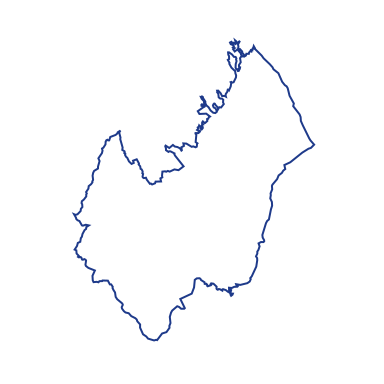 Tisau, Buzau, Romania, rotated 155°
{"feature_id": "2599482B29970481814302", "entity_name": "Tisau", "entity_type": "district", "adm_level": 2, "iso_a3": "ROU", "parent_name": "Romania", "parent_adm1": "Buzau", "projection": "orthographic", "projection_center": [26.544, 45.194], "detail": "fine", "context": "isolated", "style": "outline", "palette": "blue", "viewbox_px": 384, "rotation_deg": 155, "n_neighbors": 0, "source": "geoboundaries", "source_scale": "gbopen_adm2", "svg_char_len": 6001}
<svg xmlns="http://www.w3.org/2000/svg" viewBox="0 0 384 384"><g transform="rotate(155 192 192)"><path d="M124.3,269.4L125.4,272.8L126.4,273.2L126.5,272.5L125.9,271.8L127.0,271.7L126.7,269.8L127.8,266.5L126.9,264.7L125.4,264.1L124.7,262.4L126.0,260.1L126.0,258.3L129.9,256.3L131.4,257.3L133.5,255.9L132.9,257.6L134.0,261.3L134.0,262.3L134.5,262.8L135.6,262.4L136.5,261.5L136.6,259.5L135.4,258.0L135.3,255.7L135.7,254.2L137.5,253.7L139.3,254.9L140.7,258.0L141.2,262.0L142.3,264.2L142.4,266.8L141.7,268.3L142.3,272.5L142.0,273.4L142.5,274.3L143.0,273.9L143.8,274.4L143.8,272.3L142.8,269.3L144.3,265.3L144.4,263.3L145.9,267.3L146.6,267.1L147.0,266.1L146.3,265.4L145.9,264.0L152.6,262.8L152.3,259.6L146.0,257.0L143.8,252.8L145.3,252.6L146.3,251.5L147.5,251.7L148.1,249.9L151.0,249.0L151.3,249.0L152.3,251.4L153.2,250.9L153.8,250.2L153.5,248.6L154.3,248.8L155.3,248.1L154.8,247.0L155.4,246.6L155.1,245.5L156.6,244.6L157.3,244.6L156.9,247.4L157.4,249.3L158.3,248.3L159.5,248.1L159.4,246.8L161.2,246.1L160.2,244.4L159.5,244.4L159.3,243.4L161.3,242.7L163.9,243.9L164.2,243.4L163.8,242.2L167.6,235.7L166.5,233.8L167.1,233.5L168.5,231.1L169.8,231.0L171.6,232.8L173.2,233.1L176.6,238.2L179.3,239.7L179.8,237.2L182.7,237.0L183.6,234.1L184.1,234.0L184.4,236.6L186.2,238.9L188.4,240.5L189.4,242.7L194.0,241.5L196.3,245.2L196.9,244.8L197.2,242.5L197.9,240.9L196.4,238.3L195.5,238.5L194.3,237.9L191.6,234.4L192.0,234.1L192.0,232.3L188.8,218.8L195.0,217.5L198.4,219.9L203.6,219.9L205.0,221.3L206.9,221.3L207.6,222.1L210.2,223.0L212.3,219.4L212.7,217.8L214.9,217.7L215.6,214.6L220.6,216.8L221.8,215.5L225.0,215.7L225.7,217.1L226.7,217.2L227.8,222.4L227.7,224.4L229.7,224.9L230.4,226.0L230.3,226.9L228.7,229.0L229.1,230.0L228.2,231.0L228.0,232.3L228.1,233.8L228.8,234.7L228.1,237.2L228.7,239.5L228.0,240.3L228.3,245.0L232.2,245.3L232.5,243.0L234.9,243.0L236.2,246.4L236.2,250.3L236.9,251.9L237.0,253.9L236.3,254.7L236.9,256.0L236.1,256.5L236.0,257.5L237.4,259.6L236.1,261.6L234.7,270.2L233.8,271.6L233.1,275.6L232.6,276.9L230.9,277.9L234.1,277.5L235.0,276.6L237.1,276.0L242.8,276.4L245.2,273.8L246.2,274.2L246.6,275.1L247.7,275.1L249.0,274.1L250.3,271.7L253.6,269.6L255.2,269.4L255.6,267.3L257.2,265.3L262.6,262.1L262.7,259.1L266.4,254.8L267.3,253.0L271.8,252.5L273.5,251.1L275.2,248.8L276.5,244.8L277.9,243.7L278.2,242.8L280.2,241.7L283.1,241.0L284.5,238.8L288.0,236.7L288.0,235.1L288.9,234.5L289.7,232.7L293.1,230.9L295.7,230.2L296.8,228.6L296.7,227.3L297.7,224.7L299.8,223.7L301.0,221.8L305.2,220.2L307.2,220.5L308.3,221.7L308.0,217.7L308.3,216.6L307.7,214.8L306.3,213.3L305.9,208.3L305.1,207.6L302.1,207.2L299.6,205.3L302.6,204.9L303.6,203.3L305.4,202.9L309.0,200.2L310.7,198.0L312.3,197.1L314.3,194.1L317.0,194.1L319.0,191.7L322.7,189.4L321.5,188.0L322.6,185.0L321.6,181.9L322.7,181.4L322.2,180.6L320.4,180.1L320.0,179.2L320.2,177.3L319.5,176.7L318.0,176.7L317.1,175.6L317.0,174.6L319.3,171.1L319.4,169.8L318.0,167.0L313.2,161.9L317.6,158.1L319.3,153.8L319.3,151.9L316.4,150.9L314.9,149.7L313.6,150.3L311.0,149.2L310.5,149.6L305.7,147.2L305.5,143.0L304.3,142.4L303.9,139.6L304.6,138.6L304.6,136.4L304.2,133.5L305.5,129.2L305.1,126.4L302.3,120.4L302.4,119.0L304.4,117.3L304.7,115.9L304.1,112.8L303.2,110.9L300.6,108.9L299.5,105.2L296.7,101.6L296.0,99.8L296.2,97.9L295.0,93.9L296.4,91.0L296.5,83.7L294.5,80.4L293.8,77.7L289.1,73.5L287.0,73.2L286.2,72.5L278.9,76.4L274.4,75.8L269.8,78.4L269.1,80.2L266.9,82.3L264.9,88.2L262.0,91.5L260.1,92.9L253.7,94.7L252.3,93.3L251.2,90.8L248.4,89.5L247.6,89.8L247.8,100.0L235.2,100.0L230.5,104.6L226.6,111.2L224.2,111.7L221.7,110.7L221.1,109.9L221.0,108.4L218.8,104.9L219.3,103.4L217.9,102.8L218.0,102.2L217.4,101.7L217.9,100.5L217.6,99.9L214.2,99.5L213.8,99.7L214.1,100.6L213.2,101.1L211.3,99.8L209.7,95.8L210.5,94.5L210.6,93.4L209.9,92.5L209.0,92.8L207.9,92.2L206.2,89.8L205.4,90.9L204.9,90.8L202.8,88.8L201.6,86.4L200.6,86.1L200.9,85.6L200.0,83.7L200.5,82.6L200.4,81.4L198.7,81.8L197.9,82.6L199.7,83.5L199.4,84.9L197.9,86.6L198.3,87.4L199.7,87.7L198.9,89.6L196.5,88.2L193.8,88.2L190.9,87.0L190.5,87.2L191.2,88.0L191.0,89.8L187.5,87.4L180.4,86.0L177.5,86.5L175.6,88.2L175.6,89.3L173.5,90.3L165.3,97.2L161.7,102.6L160.9,104.6L161.2,106.6L158.8,108.6L158.0,110.4L156.2,111.5L153.7,114.2L153.4,117.3L150.6,117.5L148.4,116.4L147.4,116.8L147.0,117.9L147.2,120.8L146.4,123.3L138.1,132.5L136.1,134.0L133.9,134.6L127.8,142.9L125.2,145.7L123.8,149.2L123.8,153.1L121.9,155.9L121.4,157.5L118.2,160.5L117.0,163.7L116.1,164.6L109.4,167.7L106.5,170.4L102.5,171.3L100.3,172.8L97.8,173.4L96.9,177.4L90.4,177.4L75.3,181.1L68.1,182.0L65.6,181.7L61.3,183.3L62.8,188.6L63.1,191.0L63.4,205.6L63.3,210.4L61.9,214.0L61.7,216.8L64.0,227.0L62.3,229.2L62.9,238.0L61.4,245.6L61.6,247.8L62.7,249.6L63.7,253.8L63.5,263.2L66.3,268.8L66.3,271.0L67.5,275.0L70.6,282.9L71.2,286.2L74.6,295.4L74.2,295.7L74.4,298.1L75.3,297.0L75.3,295.7L76.3,296.4L77.0,295.6L78.0,295.8L77.8,294.8L78.6,294.9L78.9,294.3L79.6,295.1L81.3,294.3L82.1,293.2L84.3,294.3L85.1,293.3L85.9,293.5L86.0,292.8L87.2,292.7L87.0,294.8L87.8,298.0L87.2,298.3L88.0,300.8L88.9,300.3L89.0,300.9L88.5,301.2L89.4,302.8L88.5,304.1L87.9,306.4L84.7,308.6L88.6,308.0L88.3,310.0L88.8,311.1L89.2,308.4L90.0,307.8L91.1,309.6L91.4,309.8L91.8,308.9L92.7,309.5L92.9,311.5L94.4,311.4L94.4,309.6L92.4,307.4L92.5,306.3L93.8,305.7L92.6,304.4L94.4,304.0L93.9,301.3L90.6,302.0L89.2,297.1L89.5,295.9L88.9,293.5L90.2,294.0L91.9,293.0L93.0,289.0L95.8,287.2L96.5,285.5L95.7,284.7L96.5,283.6L97.3,283.8L97.3,283.0L98.5,282.0L99.1,282.2L98.8,282.9L99.1,283.2L98.6,283.9L100.0,284.5L99.9,286.4L98.3,289.5L96.3,291.8L96.0,293.6L95.3,294.3L95.4,296.0L96.9,296.8L97.6,299.7L99.5,303.0L100.3,303.3L101.1,301.0L101.0,299.5L102.2,296.8L103.7,296.6L103.4,293.3L104.0,292.4L103.7,288.0L101.8,283.2L102.5,281.3L102.7,279.1L103.7,277.3L107.9,273.9L109.3,274.1L109.9,275.2L110.5,275.2L110.3,274.4L112.3,271.3L115.5,268.5L115.7,269.4L116.3,269.7L117.8,267.8L119.8,266.7L120.8,265.3L121.0,264.1L121.9,265.3L124.2,266.3L124.3,269.4Z" fill="none" stroke="#1e3a8a" stroke-width="2"/></g></svg>